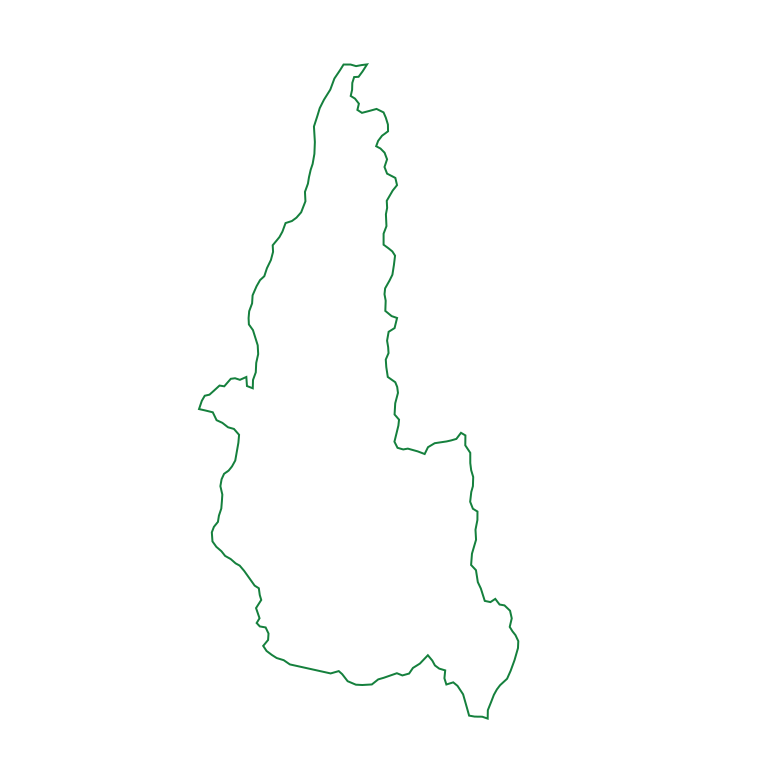 Amorinópolis, Goiás, Brazil, rotated 190°
{"feature_id": "56859067B52837395632333", "entity_name": "Amorinópolis", "entity_type": "district", "adm_level": 2, "iso_a3": "BRA", "parent_name": "Brazil", "parent_adm1": "Goiás", "projection": "equal_earth", "projection_center": [-51.105, -16.664], "detail": "fine", "context": "isolated", "style": "outline", "palette": "green", "viewbox_px": 768, "rotation_deg": 190, "n_neighbors": 0, "source": "geoboundaries", "source_scale": "gbopen_adm2", "svg_char_len": 3106}
<svg xmlns="http://www.w3.org/2000/svg" viewBox="0 0 768 768"><g transform="rotate(190 384 384)"><path d="M561.8,327.2L555.3,326.9L547.7,326.4L542.6,319.3L536.5,317.7L530.1,314.3L524.0,313.7L517.9,308.8L517.2,300.8L517.2,289.3L517.2,282.8L519.4,276.4L522.0,271.7L525.9,267.8L527.4,262.0L527.4,255.0L524.0,247.0L523.3,240.5L522.6,233.1L523.7,225.7L523.6,219.4L526.7,213.8L527.8,208.0L525.6,199.2L520.8,194.5L515.1,191.1L510.6,187.1L504.6,185.0L499.0,181.6L494.6,180.1L489.4,175.8L483.8,170.3L476.4,163.0L471.8,161.1L469.7,154.6L467.4,150.0L471.1,141.1L465.9,131.7L467.9,126.5L464.2,123.7L458.3,123.7L454.4,118.2L453.7,111.8L457.5,105.1L453.3,100.7L447.4,97.7L442.1,95.5L434.8,94.6L428.0,91.5L386.3,89.7L378.7,93.4L374.8,91.0L368.2,85.0L359.5,83.0L353.1,83.8L343.8,86.0L338.4,92.1L333.3,94.6L321.1,101.4L315.3,100.2L309.0,103.2L306.2,109.4L300.1,114.9L293.7,124.5L288.4,120.0L285.0,115.7L280.2,113.3L274.0,112.6L273.4,104.7L270.4,98.9L264.0,102.2L259.2,99.5L252.2,92.1L245.8,78.9L242.6,72.2L236.9,72.2L229.5,73.4L223.8,72.5L225.1,80.8L223.2,89.9L221.8,97.0L219.8,102.8L217.4,107.5L211.6,115.1L209.5,123.5L207.5,134.8L206.2,147.2L207.1,154.1L210.9,159.5L214.5,162.7L218.0,166.6L217.5,175.4L220.5,182.6L226.9,186.9L231.9,186.9L237.1,191.7L241.3,187.7L247.1,187.9L253.1,199.4L257.2,205.2L261.1,216.6L266.8,220.9L267.9,232.2L266.3,246.6L268.6,256.4L268.4,266.3L269.8,274.6L274.8,276.6L278.7,283.0L279.3,292.8L278.7,298.8L280.0,307.9L283.2,314.3L285.3,321.1L287.1,331.2L293.3,337.7L294.9,347.5L299.7,349.3L303.2,342.5L308.1,340.1L312.4,338.3L323.8,334.5L329.7,329.4L331.8,322.1L339.1,323.5L349.3,324.5L353.7,322.9L359.6,323.5L363.7,329.0L363.2,336.4L362.6,345.6L363.0,351.5L368.3,355.8L369.6,367.0L368.7,377.7L370.5,383.4L373.2,387.7L381.5,391.6L384.7,401.1L386.5,408.4L384.9,415.2L386.3,421.0L388.5,427.2L388.5,436.2L383.3,440.9L382.6,451.3L388.3,452.2L395.4,456.2L396.8,466.3L399.1,472.5L399.5,478.4L396.5,486.9L394.7,493.1L394.9,502.9L395.4,512.3L398.8,516.0L403.1,518.4L408.6,521.1L410.5,532.0L409.0,539.9L411.6,551.5L411.5,558.0L413.1,564.9L409.0,576.1L405.7,582.1L408.6,588.9L417.5,591.7L421.2,597.8L420.0,605.8L423.6,611.9L428.4,615.3L433.0,616.8L432.0,622.4L429.1,628.1L423.9,633.6L425.2,640.2L428.4,646.5L431.6,651.4L439.1,653.6L445.8,650.4L452.8,647.2L457.8,649.3L457.4,655.7L462.1,660.0L466.8,661.9L466.5,668.2L467.5,675.0L466.7,681.1L462.4,682.1L459.4,688.1L456.2,695.8L461.4,694.2L466.7,692.2L472.3,692.8L479.3,691.6L481.8,685.4L485.9,676.2L488.0,664.6L492.5,653.5L495.2,644.5L496.1,636.9L497.7,625.4L494.1,610.3L492.5,598.5L492.5,588.3L493.4,582.3L493.8,574.5L493.7,568.1L495.2,559.5L493.1,550.3L495.4,538.7L499.1,532.6L503.0,528.5L508.9,525.4L510.5,516.4L512.5,510.5L517.7,501.3L516.2,494.9L516.9,486.5L519.4,477.7L520.6,469.4L524.1,464.8L526.5,458.1L528.8,448.5L527.9,440.5L529.4,432.3L528.8,425.4L527.4,419.2L522.4,414.3L515.1,400.2L513.1,391.6L513.5,382.6L512.3,373.2L513.7,365.2L512.5,357.0L518.6,358.2L520.8,367.0L526.6,363.1L531.7,363.8L535.8,362.5L540.9,354.0L545.7,353.9L549.7,348.7L554.0,343.2L558.5,341.3L560.5,335.8L561.8,327.2Z" fill="none" stroke="#15803d" stroke-width="2"/></g></svg>